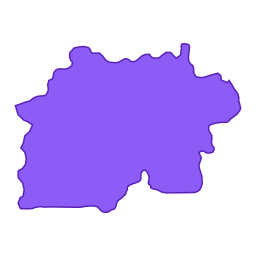 the district of Kruhlaye, Mogilev, Belarus
{"feature_id": "67162791B94243355622129", "entity_name": "Kruhlaye", "entity_type": "district", "adm_level": 2, "iso_a3": "BLR", "parent_name": "Belarus", "parent_adm1": "Mogilev", "projection": "albers", "projection_center": [29.746, 54.199], "detail": "fine", "context": "isolated", "style": "filled", "palette": "violet", "viewbox_px": 256, "rotation_deg": 0, "n_neighbors": 0, "source": "geoboundaries", "source_scale": "gbopen_adm2", "svg_char_len": 2703}
<svg xmlns="http://www.w3.org/2000/svg" viewBox="0 0 256 256"><path d="M229.2,80.5L227.3,82.6L221.3,80.1L220.8,75.6L217.8,73.2L209.4,75.5L205.9,76.7L204.0,77.3L200.4,77.6L196.3,76.8L195.2,75.5L193.8,72.9L193.6,68.4L193.0,65.9L190.1,63.5L188.9,61.2L188.4,57.3L189.0,51.6L189.6,46.7L188.6,44.6L184.3,43.6L182.1,44.0L181.0,46.1L181.5,47.9L180.9,52.2L180.7,54.7L179.0,56.3L176.2,58.0L173.9,56.1L172.3,54.3L170.6,52.4L166.5,52.3L164.7,53.3L163.3,54.3L160.8,56.3L159.2,57.8L154.7,58.2L151.4,57.2L149.4,54.3L145.1,54.5L141.8,56.0L139.3,58.2L137.7,59.6L135.2,61.3L133.2,61.7L130.5,61.3L128.5,59.4L125.8,58.6L123.2,59.6L120.5,61.1L118.5,62.3L115.0,62.7L110.1,62.3L107.0,61.1L105.0,59.2L102.7,56.1L99.6,53.1L95.3,53.1L92.1,53.1L91.1,52.0L90.0,49.2L88.4,47.5L83.5,46.5L78.0,47.1L73.9,48.1L72.0,50.4L70.0,52.4L69.6,54.9L69.6,57.3L70.8,60.4L72.4,62.0L71.8,65.7L68.3,68.2L65.6,69.0L62.4,69.0L59.1,68.9L56.4,69.6L54.0,72.2L53.3,75.3L52.9,78.1L50.7,79.8L48.8,80.4L47.8,84.5L47.8,86.3L48.2,87.3L48.2,90.4L47.1,93.1L45.3,95.5L42.0,95.9L37.5,96.3L34.6,97.5L32.4,98.8L29.5,101.2L26.4,101.8L22.9,103.0L20.3,104.0L15.5,105.7L15.4,105.7L18.1,114.7L23.9,120.2L27.4,121.5L32.5,125.0L29.6,131.4L24.8,135.9L23.5,142.6L20.9,148.1L24.7,152.0L26.3,157.7L25.6,164.2L22.4,168.6L18.2,170.9L18.2,177.6L22.7,183.1L24.2,189.8L22.9,196.6L20.3,197.5L18.1,203.3L20.5,208.6L22.2,208.7L26.6,208.8L30.5,208.7L32.6,208.4L35.0,207.5L40.0,206.6L44.5,207.1L50.1,206.9L65.7,207.1L78.0,207.3L81.9,207.1L84.7,206.4L88.5,206.1L92.4,205.9L95.8,206.3L98.1,207.3L99.6,209.3L102.1,211.5L104.6,212.4L107.9,212.1L110.1,210.8L111.5,209.9L113.7,209.2L114.8,208.6L115.8,206.7L116.3,204.7L116.7,202.9L117.6,201.2L119.4,199.5L121.2,198.3L123.4,196.4L125.0,194.7L126.0,193.2L126.0,192.0L127.4,189.7L127.2,187.2L129.8,185.0L133.1,183.7L136.7,182.5L139.5,181.2L140.8,179.4L140.8,177.0L141.0,173.0L143.3,170.2L145.4,170.4L147.6,172.7L149.1,176.9L149.0,179.6L148.3,182.6L148.6,184.1L150.6,185.5L150.9,187.9L152.9,188.8L155.7,189.4L158.2,190.2L161.8,192.1L166.6,192.9L172.8,192.8L186.4,192.7L190.7,192.6L194.8,192.4L197.4,191.5L199.6,190.0L200.7,188.1L202.2,183.9L202.1,180.7L201.9,177.3L201.7,175.7L200.5,172.0L199.6,169.0L198.9,166.2L199.3,164.0L200.5,160.5L201.3,157.7L200.1,155.2L198.9,152.4L201.1,151.3L203.1,151.0L204.8,151.9L206.7,153.0L209.7,153.0L212.7,152.2L214.0,150.0L213.9,147.4L212.0,145.2L211.5,141.8L211.9,138.4L211.7,135.4L209.8,132.2L208.7,130.1L208.8,126.3L210.3,124.8L215.6,123.1L220.6,122.4L225.6,122.4L228.1,121.7L230.4,119.2L233.5,116.8L236.8,114.4L238.3,112.5L240.0,110.1L240.6,107.8L239.8,104.8L239.4,103.2L238.7,100.4L238.8,97.8L238.0,94.1L236.4,91.6L234.2,88.8L232.1,85.0L229.2,80.5Z" fill="#8b5cf6" stroke="#5b21b6" stroke-width="1.5"/></svg>